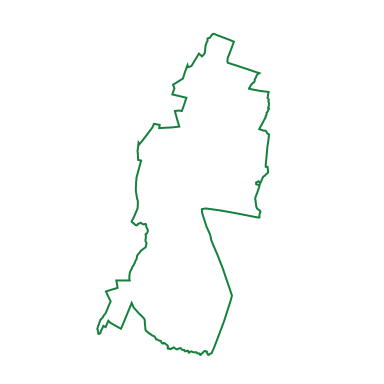 Moiben, Rift Valley, Kenya, rotated 9°
{"feature_id": "3690345B75198444085036", "entity_name": "Moiben", "entity_type": "district", "adm_level": 2, "iso_a3": "KEN", "parent_name": "Kenya", "parent_adm1": "Rift Valley", "projection": "natural_earth1", "projection_center": [35.398, 0.724], "detail": "fine", "context": "isolated", "style": "outline", "palette": "green", "viewbox_px": 384, "rotation_deg": 9, "n_neighbors": 0, "source": "geoboundaries", "source_scale": "gbopen_adm2", "svg_char_len": 6057}
<svg xmlns="http://www.w3.org/2000/svg" viewBox="0 0 384 384"><g transform="rotate(9 192 192)"><path d="M236.6,348.2L238.2,341.9L240.3,332.2L244.0,313.9L246.8,295.6L246.9,295.0L247.7,288.2L245.8,284.5L243.5,280.0L238.2,270.1L234.8,263.5L232.8,260.0L230.1,255.5L227.6,251.1L220.7,240.1L218.3,236.1L217.4,233.4L216.3,230.8L211.9,224.2L207.1,214.8L205.6,211.6L205.3,211.0L205.2,210.3L204.9,209.6L204.5,207.4L208.1,206.1L211.7,206.0L222.1,205.8L229.6,205.9L242.3,206.2L258.6,206.8L260.7,206.8L261.4,206.7L262.5,206.7L262.5,205.7L262.2,204.1L262.3,202.3L262.6,201.2L262.6,200.6L262.4,200.1L262.0,199.8L259.1,198.4L258.7,197.9L258.3,197.3L257.5,195.6L256.7,192.7L256.4,192.1L256.2,190.5L255.9,190.0L255.5,189.0L255.4,188.1L256.0,184.7L256.4,183.4L256.7,181.4L257.6,176.2L257.7,174.8L254.2,174.3L253.9,173.1L253.8,172.6L254.9,171.8L256.1,171.0L256.8,171.7L257.9,173.0L259.1,169.0L259.3,167.9L259.4,167.3L259.7,166.5L260.0,165.7L260.6,165.1L261.8,164.1L262.2,163.0L262.8,162.4L263.5,161.7L264.1,160.8L263.7,159.3L263.1,156.6L262.9,156.0L262.6,155.3L260.9,155.6L260.6,154.1L260.0,144.6L259.4,135.6L259.4,132.2L259.3,127.8L259.2,125.1L259.0,123.0L258.2,122.7L257.4,122.6L256.8,121.9L255.8,120.5L255.3,120.0L252.4,120.2L251.7,119.9L248.6,119.4L249.2,117.4L249.7,116.2L250.3,114.7L251.0,112.4L251.6,110.8L252.0,109.4L252.7,107.6L253.0,107.1L253.1,106.4L252.8,105.9L253.1,105.3L253.4,104.7L253.5,104.0L253.4,103.4L253.5,102.8L253.3,102.0L253.8,101.4L254.0,100.7L254.3,100.1L254.5,99.4L254.5,98.9L254.6,98.2L255.1,97.8L254.7,97.2L254.1,97.1L254.0,96.5L254.3,95.7L254.4,95.0L254.4,94.4L254.3,93.8L254.2,93.1L254.2,92.2L253.4,91.0L253.2,90.4L253.5,89.7L253.4,88.8L252.9,88.3L252.1,87.6L251.9,87.1L252.0,86.5L251.9,83.9L251.9,82.7L252.1,82.1L252.2,81.4L251.7,81.2L243.5,81.5L236.5,81.3L232.2,81.1L232.2,80.4L233.0,78.9L233.1,78.1L233.6,77.0L234.9,74.9L235.3,74.5L236.0,74.1L236.3,73.2L236.6,72.4L236.4,71.5L236.4,71.0L236.6,70.3L237.2,69.0L237.3,67.9L237.7,66.8L238.0,66.0L238.5,65.4L239.4,64.5L239.9,64.1L235.5,63.4L228.8,62.2L224.1,61.5L220.8,60.9L207.2,58.8L206.5,57.4L206.3,54.1L207.2,49.9L207.6,48.2L208.8,42.4L209.9,37.0L204.6,35.7L198.7,34.5L194.4,33.6L192.0,33.1L189.6,32.5L188.3,32.4L187.7,32.8L187.2,33.5L186.5,34.6L186.3,35.2L185.9,36.0L185.5,36.9L184.9,37.1L184.4,37.3L183.3,38.0L183.6,39.5L183.7,40.6L183.0,42.2L182.8,42.8L182.9,43.5L182.8,44.2L182.5,44.8L182.4,45.4L182.6,46.1L182.5,46.9L182.7,47.6L182.6,48.5L182.7,49.4L182.9,50.3L183.0,50.8L182.8,51.8L182.9,52.5L182.7,53.1L181.9,54.7L180.6,56.5L177.2,54.2L171.7,67.8L168.4,69.4L168.1,68.4L167.7,67.5L166.2,75.0L165.3,81.4L159.8,86.2L156.5,89.0L158.4,92.3L157.9,95.1L157.3,98.7L171.7,99.8L170.5,107.3L169.3,113.6L166.2,113.6L162.4,114.7L166.2,123.1L168.8,128.5L169.2,129.4L162.7,131.2L152.5,133.4L149.6,134.0L149.6,130.8L143.8,130.6L142.8,134.4L139.4,140.9L134.1,150.6L133.1,152.1L132.6,153.0L131.5,151.7L131.8,158.5L131.7,159.4L131.9,160.3L133.2,165.7L133.8,168.7L136.8,168.9L134.9,186.7L135.1,188.0L135.2,190.4L135.6,193.6L135.7,194.8L135.9,196.6L136.3,199.5L136.7,200.5L136.9,201.5L137.4,202.8L137.9,204.5L138.9,207.3L139.2,208.0L139.6,208.6L140.0,209.6L140.5,213.6L140.7,215.5L140.8,216.5L140.6,217.6L140.2,219.3L139.8,220.7L138.8,224.7L138.5,226.1L137.9,227.8L137.1,229.8L137.0,230.8L137.5,231.2L138.8,231.8L140.9,233.2L141.5,233.5L142.0,233.5L142.6,233.6L143.1,233.3L143.5,232.0L144.1,231.8L144.8,231.4L145.4,230.8L146.1,230.4L146.6,230.5L148.3,231.5L149.7,231.5L150.2,231.1L150.8,230.9L151.3,230.8L151.7,231.2L152.3,233.5L152.6,234.0L153.4,235.1L153.9,235.8L154.2,236.4L154.4,237.0L154.5,237.5L154.4,238.1L154.2,239.0L154.0,239.9L152.9,240.8L152.8,241.4L153.2,242.0L153.6,244.6L153.5,246.0L153.6,247.0L153.8,247.9L154.3,248.5L154.8,249.1L155.1,249.8L155.0,251.4L155.0,253.1L154.8,253.8L154.4,254.3L152.6,256.0L151.6,257.1L151.1,257.5L150.6,258.2L150.2,259.0L150.0,259.6L149.7,260.1L148.6,261.8L148.3,262.3L147.7,263.9L147.7,264.8L147.8,265.7L147.8,266.4L147.6,267.2L147.0,268.7L146.5,271.0L145.8,273.5L145.3,274.2L145.0,274.8L144.8,275.5L144.5,277.1L144.3,277.7L143.7,279.2L143.5,279.8L143.4,280.7L143.2,281.5L143.2,282.4L143.3,284.4L143.5,286.3L143.8,287.8L144.0,288.6L144.3,289.1L142.8,289.4L140.2,289.8L131.1,291.2L131.7,292.8L132.9,296.4L133.5,298.3L123.1,303.4L122.6,303.7L125.2,307.7L128.8,312.8L127.9,315.9L126.7,321.0L125.6,325.5L124.9,326.6L124.1,327.8L123.4,330.0L122.8,330.9L122.2,331.6L121.6,332.4L121.4,333.4L120.9,336.0L120.6,338.1L120.3,338.8L119.9,341.8L120.1,342.6L120.6,343.0L120.7,343.9L120.9,344.7L121.3,345.1L121.4,345.9L121.7,346.7L122.2,346.9L122.8,346.3L123.2,345.9L123.7,345.4L123.9,343.2L124.8,340.5L125.4,338.1L127.8,339.0L129.5,332.3L131.9,334.0L136.2,335.6L143.2,338.2L144.1,335.0L149.8,311.0L150.6,312.3L152.3,315.1L156.0,318.1L158.5,320.2L161.9,322.5L164.2,324.3L165.2,325.5L165.6,327.4L166.4,330.8L167.0,332.7L167.4,334.9L168.5,336.6L169.7,336.9L170.3,337.3L170.8,337.7L171.2,338.1L172.6,338.4L172.9,339.0L173.7,339.1L174.5,339.5L175.1,340.0L175.6,340.0L176.9,340.3L177.6,340.6L178.2,341.3L178.8,342.0L179.2,342.4L179.7,343.2L180.9,343.1L181.4,343.3L181.9,343.7L182.9,344.0L183.4,343.9L183.9,343.9L184.5,343.9L184.9,344.7L185.7,345.7L186.4,346.1L187.0,346.3L187.4,345.7L188.0,345.4L188.8,345.7L190.0,346.4L190.4,346.6L191.0,347.0L191.5,347.2L192.4,348.1L192.3,349.2L192.4,350.0L192.9,350.6L193.6,350.4L194.4,350.1L195.1,350.7L195.6,350.6L196.6,349.6L198.3,348.3L198.9,348.6L199.3,349.0L201.8,349.8L202.3,349.5L202.8,349.0L204.5,348.1L205.2,348.0L205.9,348.5L206.5,349.2L207.0,349.4L207.8,349.4L208.5,349.3L209.1,349.3L209.4,350.0L210.2,350.5L211.0,350.1L211.8,349.7L212.5,349.4L213.1,349.6L213.4,350.5L213.9,351.2L214.5,351.0L215.0,350.2L215.8,349.7L216.4,349.5L217.7,350.0L219.2,350.0L220.0,349.9L221.4,349.6L221.9,350.1L222.5,350.6L223.2,350.5L223.8,350.3L224.4,350.3L224.9,350.6L225.2,351.3L225.6,351.6L226.2,351.3L226.4,350.6L227.2,349.8L227.7,349.2L228.5,347.9L229.2,347.2L229.8,347.0L230.3,347.0L230.9,347.2L231.5,347.3L231.3,347.9L233.2,349.7L233.4,350.3L234.1,350.2L234.8,349.4L235.4,348.8L236.6,348.2Z" fill="none" stroke="#15803d" stroke-width="2"/></g></svg>